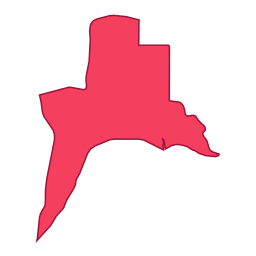 the Province of Al-Basrah
{"feature_id": "IRQ-3222", "entity_name": "Al-Basrah", "entity_type": "Province", "adm_level": 1, "iso_a3": "IRQ", "parent_name": "Iraq", "parent_adm1": "", "projection": "orthographic", "projection_center": [47.689, 30.202], "detail": "fine", "context": "isolated", "style": "filled", "palette": "rose", "viewbox_px": 256, "rotation_deg": 0, "n_neighbors": 0, "source": "natural_earth", "source_scale": "10m", "svg_char_len": 1630}
<svg xmlns="http://www.w3.org/2000/svg" viewBox="0 0 256 256"><path d="M163.6,150.0L143.9,140.1L138.7,139.1L115.3,139.1L110.1,139.7L95.5,145.7L90.7,148.9L87.6,153.4L79.8,173.1L76.4,179.3L75.9,180.8L75.5,184.0L75.3,185.0L73.5,188.9L66.6,200.2L63.9,207.3L62.5,209.4L56.6,215.7L50.8,225.3L36.9,240.6L37.4,238.0L39.6,216.9L40.4,214.2L41.5,211.8L44.9,206.0L45.3,203.3L45.5,189.9L46.7,179.3L54.5,139.7L54.5,136.7L54.3,134.0L53.7,131.9L53.0,129.9L44.2,116.9L43.1,114.2L42.3,111.2L41.0,101.5L39.5,95.0L69.0,87.2L70.7,87.3L83.2,89.6L85.9,89.1L86.5,86.2L86.0,78.6L86.2,76.2L86.8,73.2L89.1,61.4L90.3,39.6L89.6,30.9L90.6,24.5L92.3,21.9L94.2,20.3L97.3,18.9L109.7,15.7L113.7,15.4L126.5,16.7L138.9,19.9L139.0,19.9L138.7,45.2L168.2,45.2L169.1,45.7L169.4,47.1L169.3,97.5L169.4,100.8L179.0,102.1L180.0,102.4L180.9,103.0L182.4,104.6L183.6,106.7L184.4,109.0L185.2,113.6L185.6,114.6L186.3,115.4L187.3,115.8L188.4,116.0L189.5,115.9L192.8,115.3L193.9,115.4L195.0,115.8L195.9,116.5L197.7,119.5L200.7,122.8L204.2,126.0L204.8,126.9L205.3,128.0L205.4,129.1L205.2,130.2L204.6,131.1L203.7,131.9L203.0,132.8L202.8,134.0L203.0,134.7L204.1,137.1L205.9,139.2L206.5,140.2L206.7,140.4L208.4,145.6L208.6,147.0L209.4,149.0L209.8,149.7L210.4,150.3L211.7,151.3L213.1,152.1L215.9,152.9L216.5,153.2L216.5,153.7L218.7,153.7L219.1,154.7L218.0,155.9L215.6,156.6L205.7,155.6L198.8,153.3L195.5,150.9L192.3,149.9L187.3,146.7L183.3,145.4L179.1,144.6L175.2,144.6L171.8,145.5L165.5,148.9L164.8,146.2L164.5,143.0L163.9,140.1L162.4,138.2L163.5,141.6L163.6,142.8L163.4,144.2L163.0,145.5L162.9,146.6L163.6,147.5L163.6,150.0Z" fill="#f43f5e" stroke="#9f1239" stroke-width="1.5"/></svg>